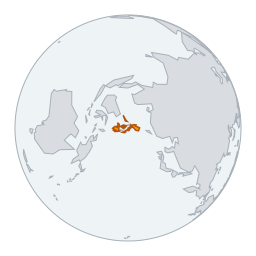 the Earth from above Philippines, rotated 109°
{"feature_id": "PHL", "entity_name": "Philippines", "entity_type": "country or territory", "adm_level": 0, "iso_a3": "PHL", "parent_name": "Asia", "parent_adm1": "", "projection": "orthographic", "projection_center": [122.681, 12.951], "detail": "coarse", "context": "on_globe", "style": "filled", "palette": "amber", "viewbox_px": 256, "rotation_deg": 109, "n_neighbors": 0, "source": "natural_earth", "source_scale": "50m", "svg_char_len": 9573}
<svg xmlns="http://www.w3.org/2000/svg" viewBox="0 0 256 256"><g transform="rotate(109 128 128)"><circle cx="128" cy="128" r="113" fill="#eef3f6" stroke="#a8b0b8"/><path d="M219.1,171.5L219.0,172.2L218.9,172.3L219.1,171.5ZM192.1,35.4L185.9,31.7L182.8,32.1L185.6,34.7L182.0,32.4L189.8,39.7L190.5,43.1L187.4,37.8L185.3,36.2L184.7,37.5L182.4,36.3L180.7,36.3L178.0,34.7L176.4,32.1L174.7,31.2L174.3,32.3L171.4,31.7L172.2,30.2L167.2,29.1L163.5,25.3L167.8,23.9L163.5,21.8L162.3,20.7L170.1,23.5L177.7,26.9L185.1,30.9L192.1,35.4ZM233.4,95.9L232.5,93.5L233.3,94.4L233.4,95.9ZM231.8,92.4L232.1,93.2L231.8,92.6L231.8,92.4ZM231.4,92.3L231.7,92.4L231.5,92.6L231.4,92.3ZM231.1,92.5L231.2,92.3L231.3,92.4L231.1,92.5ZM230.2,92.0L229.9,91.8L230.0,91.4L230.2,92.0ZM192.4,35.7L191.6,35.1L194.3,37.0L194.0,36.7L192.4,35.7ZM188.1,37.2L188.2,36.5L188.9,37.7L188.1,37.2ZM181.0,36.6L181.7,37.3L180.5,37.0L181.0,36.6ZM175.4,34.5L173.3,34.1L175.1,34.1L175.4,34.5ZM171.9,33.6L166.9,32.9L168.1,34.3L162.0,30.4L168.3,32.1L170.3,31.7L170.4,32.6L171.9,33.6ZM160.4,20.1L162.2,20.7L161.4,20.5L159.0,19.8L159.5,20.1L155.4,19.0L154.2,18.6L155.5,18.8L153.0,18.2L153.8,18.4L160.4,20.1ZM159.5,28.6L158.0,28.2L159.2,28.1L159.5,28.6ZM151.8,17.9L151.6,17.9L148.3,17.2L149.2,17.4L151.8,17.9ZM161.6,20.9L160.6,20.8L157.1,19.8L156.2,19.7L155.2,19.0L161.6,20.9ZM147.2,17.0L146.6,16.9L146.3,16.9L147.2,17.0ZM152.8,18.2L152.4,18.1L151.6,17.9L152.8,18.2ZM145.9,16.8L146.5,16.9L145.0,16.7L145.9,16.8ZM152.8,18.4L151.5,18.1L153.0,18.7L150.4,18.1L150.2,17.8L149.2,17.7L148.3,17.6L149.1,17.5L152.8,18.4ZM143.2,16.4L144.9,16.6L143.9,16.6L142.8,16.3L139.9,16.0L143.2,16.4ZM146.9,17.1L145.0,16.8L146.0,16.9L147.8,17.2L146.9,17.1ZM148.6,18.0L152.7,18.9L148.6,18.0ZM142.7,16.5L143.0,16.6L142.3,16.4L142.7,16.5ZM146.6,17.4L148.0,17.7L147.9,17.7L146.6,17.4ZM142.4,16.6L142.0,16.5L143.2,16.6L142.4,16.6ZM144.1,17.0L143.6,17.0L143.9,16.8L144.8,17.1L144.1,17.0ZM146.2,17.5L146.6,17.6L145.6,17.3L146.2,17.5ZM137.8,16.4L137.9,16.0L140.7,16.2L140.2,16.5L137.8,16.4ZM33.6,66.5L31.5,70.3L31.4,71.9L37.8,63.7L38.0,60.7L41.6,56.0L44.3,54.8L44.7,58.1L46.1,56.5L48.9,51.3L52.0,49.3L50.2,49.4L48.7,51.4L47.5,51.6L48.8,49.9L49.9,49.1L50.6,47.7L45.4,52.1L43.3,54.6L43.4,53.7L39.8,57.9L39.0,59.0L44.9,52.0L51.3,45.5L58.2,39.6L65.6,34.2L64.2,35.4L65.0,35.0L68.5,32.9L67.4,33.9L71.1,31.6L71.8,32.1L74.0,29.8L78.2,27.8L81.0,27.1L82.7,26.1L78.1,27.4L76.0,28.4L73.5,29.8L67.9,32.8L67.7,32.8L70.3,31.3L75.1,28.6L82.0,25.2L90.2,22.9L91.8,23.4L85.3,28.0L82.4,28.7L83.3,27.3L78.5,30.3L80.8,29.2L79.9,30.2L83.6,29.0L83.2,29.7L87.6,27.5L87.4,28.2L84.7,29.6L90.1,28.9L90.9,30.3L92.4,29.9L93.7,29.0L93.9,31.7L95.0,31.3L95.3,30.2L97.6,28.8L101.8,27.5L101.7,28.4L100.2,29.0L96.7,32.0L92.6,33.8L93.0,34.1L96.5,32.8L100.7,29.1L103.3,28.1L101.7,29.7L102.5,29.1L103.7,28.9L104.8,29.7L106.7,27.9L120.5,25.9L123.9,27.7L120.9,29.1L130.4,29.8L133.5,32.6L133.8,31.5L138.6,31.6L137.6,30.7L138.1,30.2L149.9,31.0L152.5,32.2L157.9,32.0L158.0,31.5L156.4,30.6L162.0,30.4L168.1,34.3L167.4,35.1L171.7,37.3L169.6,38.9L169.8,41.6L165.0,42.6L165.6,44.9L167.2,45.6L169.2,49.5L167.7,55.8L161.8,47.7L162.6,39.3L161.7,42.3L159.8,40.9L158.1,41.6L157.7,44.0L158.9,44.7L147.4,46.1L142.0,52.6L147.5,53.1L150.1,55.9L148.8,65.4L135.3,77.1L138.6,82.3L138.3,85.4L134.2,86.8L134.6,82.2L131.1,80.1L132.0,77.5L125.5,78.7L126.5,75.1L120.9,78.1L122.1,81.2L127.5,81.3L122.3,85.8L126.7,91.8L126.3,98.3L115.7,108.6L106.4,111.0L105.6,113.0L102.4,110.1L97.4,113.6L102.7,126.4L102.3,129.8L94.5,135.4L94.4,132.8L85.9,125.2L83.7,133.2L90.2,141.1L92.4,149.5L87.1,146.2L85.0,138.8L82.0,135.9L83.2,128.8L81.6,117.8L76.4,119.0L77.2,114.8L74.1,105.4L66.8,106.8L55.0,115.9L52.7,126.5L48.9,130.4L46.1,113.6L47.6,103.1L44.8,103.3L43.4,93.5L35.8,89.8L36.3,87.0L34.5,87.5L33.8,83.9L35.1,79.4L33.9,78.9L30.8,90.9L32.2,91.5L35.6,88.3L34.3,92.4L35.3,97.0L28.7,104.8L20.0,108.6L21.8,100.5L28.7,77.1L29.9,75.1L30.0,74.8L30.3,74.3L28.2,77.5L30.3,73.3L23.8,88.6L21.6,95.0L19.9,109.0L19.4,110.0L19.6,113.2L23.5,112.9L22.9,115.5L19.5,126.5L16.5,139.8L18.4,151.9L20.7,161.6L21.3,164.2L18.9,156.1L17.1,147.8L15.9,139.4L15.4,130.9L15.5,122.4L16.2,113.9L17.6,105.6L19.6,97.3L22.2,89.2L25.5,81.4L29.3,73.8L33.6,66.5ZM42.4,66.7L44.4,68.9L48.1,62.8L49.2,63.2L50.0,61.1L48.3,62.3L51.2,56.8L53.7,56.2L55.8,53.9L55.2,53.1L50.2,55.3L46.1,62.9L43.7,64.7L42.4,66.7ZM133.9,15.5L134.2,15.5L132.0,15.4L134.4,15.6L131.0,15.5L131.6,15.6L128.8,15.8L124.4,15.8L125.4,15.9L123.3,16.3L119.5,16.5L121.4,16.1L115.9,16.8L116.4,16.4L115.7,16.5L114.6,16.4L112.1,16.6L112.8,16.5L111.5,16.6L110.8,16.7L109.3,16.9L109.5,16.9L117.6,15.8L125.7,15.4L133.9,15.5ZM136.9,16.4L131.5,16.1L129.1,15.9L135.0,15.7L138.6,15.9L142.0,16.3L140.7,16.1L140.1,16.1L139.3,16.0L139.6,16.1L137.7,16.0L137.4,16.1L135.7,15.9L136.9,16.4ZM103.2,19.6L104.7,19.1L105.2,19.1L109.3,18.3L109.3,18.7L106.8,19.3L103.2,19.6ZM36.5,64.7L35.3,65.8L35.8,64.7L36.2,64.5L36.5,64.7ZM37.7,60.7L36.3,62.7L37.2,61.3L37.7,60.7ZM103.9,19.9L105.6,19.5L104.5,19.9L103.9,19.9ZM109.5,19.0L108.6,19.5L109.7,18.7L109.5,19.0ZM68.0,220.2L70.3,221.7L69.2,221.4L68.0,220.2ZM24.5,164.3L29.1,180.0L27.9,178.9L25.4,173.5L22.1,163.6L22.7,162.0L22.4,157.9L24.5,164.3ZM120.8,171.1L124.3,171.9L124.2,172.3L120.8,171.1ZM117.1,169.0L121.1,169.5L116.5,170.0L117.1,169.0ZM122.6,169.7L126.7,169.1L128.4,168.4L128.1,169.5L122.6,169.7ZM114.5,168.8L100.2,167.1L94.7,165.0L95.9,163.3L104.9,164.9L114.5,168.8ZM95.5,163.2L87.2,156.9L76.4,139.8L80.2,140.7L91.6,151.7L90.9,153.2L95.9,158.0L95.5,163.2ZM116.0,155.9L115.2,160.7L107.3,159.4L103.7,158.2L101.3,151.7L102.6,148.7L105.5,149.2L117.2,139.7L121.2,142.7L117.5,146.9L120.8,151.5L116.0,155.9ZM53.0,127.6L54.5,134.5L52.6,135.1L53.0,127.6ZM122.2,132.7L117.3,136.9L121.9,131.1L122.2,132.7ZM125.1,127.0L125.3,129.5L123.5,127.0L125.1,127.0ZM105.2,116.2L102.1,116.4L102.2,114.7L106.2,113.5L105.2,116.2ZM125.9,103.9L125.3,108.7L124.5,110.3L123.4,107.2L125.9,103.9ZM106.2,24.9L100.6,25.3L96.5,26.3L94.3,27.9L95.1,26.1L101.3,24.5L106.2,24.9ZM118.7,25.5L120.7,24.5L121.4,25.1L121.1,25.4L118.7,25.5ZM118.7,24.8L118.1,23.4L120.3,22.9L120.4,24.1L118.7,24.8ZM110.8,21.0L109.1,21.0L110.0,20.6L110.8,21.0ZM192.6,212.4L193.8,212.8L190.6,215.7L186.2,218.6L182.1,219.8L192.6,212.4ZM160.4,220.4L160.1,217.3L164.8,217.1L163.0,219.8L160.4,220.4ZM195.7,210.1L198.5,207.0L199.5,203.4L199.3,206.6L201.7,206.3L194.8,212.5L195.7,210.1ZM142.4,206.6L120.5,211.7L115.6,210.4L116.6,207.7L111.6,198.7L113.2,199.0L111.8,193.0L124.6,188.7L133.7,179.4L141.1,180.6L146.6,173.6L154.3,174.5L152.1,180.2L160.3,184.3L165.6,171.7L170.8,185.5L177.0,190.4L179.0,198.8L169.1,212.5L163.1,215.1L161.8,213.9L159.4,215.2L155.4,214.5L152.9,210.1L150.5,211.4L152.7,208.1L149.3,210.9L147.1,208.0L142.4,206.6ZM197.9,183.5L199.1,183.9L201.0,186.1L199.1,185.8L197.9,183.5ZM216.0,174.6L216.6,175.7L215.3,176.1L216.0,174.6ZM218.9,172.3L217.4,173.0L219.1,171.5L218.9,172.3ZM204.0,175.4L204.6,176.2L204.1,176.5L204.0,175.4ZM203.5,175.1L204.2,173.7L204.1,175.1L203.5,175.1ZM197.7,167.9L198.4,167.1L198.7,167.7L197.7,167.9ZM129.5,172.4L134.3,169.0L137.0,168.9L129.5,172.4ZM196.6,166.4L194.8,166.3L194.9,165.5L196.6,166.4ZM196.7,164.6L196.5,163.6L197.6,166.0L196.7,164.6ZM193.2,162.3L195.4,164.2L192.9,162.6L193.2,162.3ZM191.8,162.6L190.2,161.8L190.3,161.4L191.8,162.6ZM174.0,163.7L180.0,170.1L175.3,169.8L169.9,165.8L165.9,169.2L156.7,168.2L158.8,166.1L157.5,162.6L148.1,160.6L146.2,158.3L149.5,157.0L143.4,154.8L150.1,154.2L152.9,159.0L156.7,155.7L163.4,156.9L169.9,158.8L175.3,162.4L174.0,163.7ZM150.2,164.3L151.4,164.4L150.4,165.7L150.2,164.3ZM187.2,159.2L189.5,161.5L189.2,162.0L188.1,161.7L187.2,159.2ZM176.5,161.6L182.2,158.0L183.6,158.1L179.8,162.3L176.5,161.6ZM180.8,155.5L183.5,156.1L184.9,158.3L184.4,158.9L180.8,155.5ZM136.5,159.1L136.2,160.4L134.5,159.2L136.5,159.1ZM138.7,158.5L143.9,160.3L138.2,159.6L138.7,158.5ZM123.1,152.8L124.6,155.9L129.3,154.4L125.7,156.9L129.0,162.1L127.9,163.9L124.6,158.2L123.6,163.7L121.5,163.4L120.3,158.5L122.4,152.9L124.5,150.7L133.0,150.5L123.1,152.8ZM138.6,154.9L137.3,151.2L138.3,149.0L139.8,150.9L138.6,154.9ZM133.3,142.4L129.8,138.0L126.5,139.3L133.3,134.2L135.5,139.3L133.3,142.4ZM130.5,133.2L127.4,134.4L130.7,131.4L130.5,133.2ZM126.7,132.9L126.5,130.1L128.8,130.7L126.7,132.9ZM132.1,133.5L132.9,128.8L134.0,131.7L132.1,133.5ZM125.8,123.7L130.7,128.8L124.1,126.2L124.3,117.1L127.2,117.1L125.8,123.7ZM145.0,89.6L144.6,87.1L147.3,86.8L146.8,88.6L145.0,89.6ZM155.8,84.5L147.9,86.0L141.5,87.5L143.3,88.8L141.4,92.8L139.0,88.7L143.8,84.6L148.6,84.2L149.7,80.9L153.5,79.1L153.3,74.9L155.1,73.4L156.7,77.1L155.8,84.5ZM153.0,73.2L154.1,66.3L159.0,67.9L159.9,69.7L157.3,72.1L154.9,71.1L153.0,73.2ZM155.7,65.2L153.4,64.3L149.9,54.2L150.4,52.6L155.7,60.5L153.7,60.2L153.7,62.5L155.7,65.2ZM158.3,28.7L158.1,28.2L159.1,28.8L158.3,28.7ZM137.5,29.7L138.4,29.2L139.6,29.7L137.5,29.7ZM141.5,28.1L139.5,27.8L141.6,27.7L141.5,28.1ZM135.0,27.4L138.7,27.5L135.1,28.1L135.0,27.4Z" fill="#d9dde1" stroke="#a8b0b8" stroke-width="1"/><path d="M124.1,117.1L127.2,117.2L127.7,119.8L125.6,123.3L126.3,125.6L130.2,126.3L130.6,128.7L127.8,126.1L127.8,127.5L126.3,126.1L124.1,126.3L124.7,124.7L123.1,124.2L122.5,121.5L123.6,121.8L124.1,117.1ZM133.4,134.2L135.6,139.1L134.9,141.0L133.9,139.1L133.2,142.4L130.7,140.8L131.0,138.9L129.9,138.1L129.4,138.9L127.9,138.2L126.6,139.7L127.1,137.8L129.5,136.3L130.2,137.6L133.5,135.7L133.4,134.2ZM128.9,135.6L127.5,134.1L129.1,131.8L129.7,132.3L128.9,135.6ZM131.1,128.7L133.5,129.5L133.9,131.7L131.1,128.7ZM126.5,130.2L128.8,131.3L126.6,132.9L126.5,130.2ZM117.6,136.7L121.3,132.8L122.0,131.2L122.2,132.8L117.6,136.7Z" fill="#f59e0b" stroke="#b45309" stroke-width="1.5"/></g></svg>